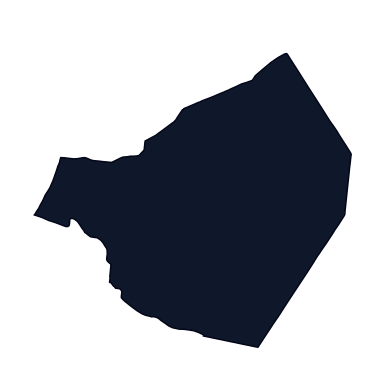 outline of Louga, Louga, Senegal, rotated 6°
{"feature_id": "50182788B22933374767599", "entity_name": "Louga", "entity_type": "district", "adm_level": 2, "iso_a3": "SEN", "parent_name": "Senegal", "parent_adm1": "Louga", "projection": "natural_earth1", "projection_center": [-16.123, 15.776], "detail": "fine", "context": "isolated", "style": "filled", "palette": "ink", "viewbox_px": 384, "rotation_deg": 6, "n_neighbors": 0, "source": "geoboundaries", "source_scale": "gbopen_adm2", "svg_char_len": 3402}
<svg xmlns="http://www.w3.org/2000/svg" viewBox="0 0 384 384"><g transform="rotate(6 192 192)"><path d="M189.2,102.1L184.1,105.0L175.4,109.8L175.0,110.2L174.8,110.6L174.7,111.2L174.4,111.2L174.0,111.2L173.9,111.2L172.6,113.7L171.4,115.9L169.7,119.1L168.5,121.7L166.6,124.3L165.4,125.3L163.8,126.7L163.1,127.4L156.4,133.6L154.4,135.4L152.8,136.8L150.5,139.0L149.8,139.6L144.0,143.5L142.1,144.8L140.1,146.1L140.0,148.1L140.0,155.1L138.8,156.9L137.8,158.1L135.5,161.2L133.1,162.0L130.0,162.5L126.8,162.9L123.7,163.8L121.1,164.2L119.5,164.6L119.2,164.7L116.7,166.1L110.3,170.2L109.1,170.8L108.8,171.0L100.1,171.1L95.6,171.0L92.5,171.1L89.6,171.0L87.4,170.5L83.6,169.3L81.5,169.0L78.9,169.6L77.1,170.1L75.1,170.7L73.4,171.0L70.9,171.4L68.8,171.4L66.4,171.4L61.6,171.3L57.9,171.5L57.8,172.0L57.6,172.7L57.3,174.8L57.1,176.6L56.5,178.6L55.9,180.5L54.8,185.8L54.0,189.1L53.1,193.1L52.4,195.8L51.3,199.1L50.3,202.4L48.6,206.0L47.1,208.9L46.0,211.3L45.5,213.2L44.4,216.3L43.4,218.7L42.5,220.7L41.2,224.3L39.6,227.3L38.3,230.1L37.6,231.3L45.5,233.0L52.5,235.3L58.4,236.5L61.6,237.3L64.8,238.2L67.9,239.0L69.9,239.5L71.2,239.5L72.1,239.3L73.2,238.4L73.5,236.6L73.5,235.1L73.3,233.1L73.5,231.8L74.1,231.1L75.3,230.8L76.7,230.9L78.7,231.7L81.3,233.4L83.9,236.4L87.0,240.2L88.2,241.4L89.7,243.5L91.1,244.2L92.7,245.3L94.8,246.6L95.2,246.8L96.2,247.2L96.7,247.2L98.0,247.3L100.7,247.4L102.4,247.4L104.0,248.2L106.4,249.5L108.8,251.8L110.7,254.3L112.4,256.4L112.8,256.7L113.5,258.3L113.6,258.5L113.7,259.1L114.2,262.4L114.1,267.6L114.7,269.1L115.2,269.7L117.7,271.6L118.6,272.0L119.0,273.6L119.1,279.1L119.1,284.6L119.5,286.1L119.4,290.2L119.9,290.6L120.0,290.6L121.2,290.9L121.3,291.0L122.9,293.0L125.0,294.6L126.1,295.7L127.8,295.7L129.6,295.8L130.3,295.8L131.5,296.7L132.6,298.3L132.7,300.3L132.6,302.8L132.8,304.5L134.5,306.1L136.4,307.6L139.1,309.3L141.1,310.6L143.3,312.0L149.5,315.7L154.1,317.9L156.0,318.7L159.0,319.5L161.7,319.8L164.9,320.4L166.7,320.0L169.6,320.3L172.1,321.3L174.9,323.2L179.0,325.4L182.8,327.6L184.7,328.3L187.4,329.1L189.8,329.3L193.0,329.7L194.6,329.7L195.4,329.6L196.9,329.5L198.5,329.4L203.2,329.5L206.1,329.7L207.7,329.7L212.9,330.9L215.8,331.9L218.4,332.8L218.4,334.0L226.6,334.8L227.1,334.9L227.6,334.9L232.2,335.4L232.3,335.4L236.8,335.8L241.4,336.3L246.0,336.8L250.7,337.2L255.2,337.7L255.3,337.7L259.9,338.2L264.5,338.6L269.1,339.1L273.8,339.5L278.9,329.5L284.1,319.5L287.2,313.4L287.4,313.2L289.2,309.7L289.3,309.5L290.5,307.5L291.2,306.0L291.8,305.0L294.5,299.5L299.6,289.5L304.8,279.4L305.0,279.0L305.2,278.7L310.0,269.4L315.2,259.4L320.2,249.4L322.9,243.7L324.4,241.0L325.3,239.4L326.2,237.6L327.2,235.7L330.7,229.4L334.5,222.0L335.9,219.3L338.5,213.9L340.1,211.1L340.5,210.2L341.0,209.5L341.1,209.3L342.7,206.0L345.9,199.6L346.3,198.3L346.3,198.0L346.3,197.0L346.2,195.9L346.2,189.6L346.2,179.8L346.2,170.1L346.2,160.4L346.2,150.5L346.3,145.3L346.3,140.8L346.4,137.9L346.2,137.6L345.7,136.6L343.7,134.1L342.0,131.9L340.3,129.7L337.2,125.9L334.8,122.9L332.6,120.1L330.0,116.6L327.4,113.5L325.8,111.6L325.7,111.5L321.6,106.9L313.4,96.5L305.2,86.2L296.9,75.9L288.7,65.5L280.5,55.2L272.3,44.9L271.7,44.5L271.0,44.7L270.9,44.6L269.3,45.3L263.7,49.2L257.2,54.7L249.9,62.2L242.9,69.6L241.6,72.1L240.3,74.7L235.1,77.2L230.1,79.3L224.2,82.9L219.3,85.7L218.4,86.4L209.8,91.1L201.3,95.8L192.6,100.2L189.7,102.1L189.2,102.1Z" fill="#0f172a" stroke="#020617" stroke-width="1.5"/></g></svg>